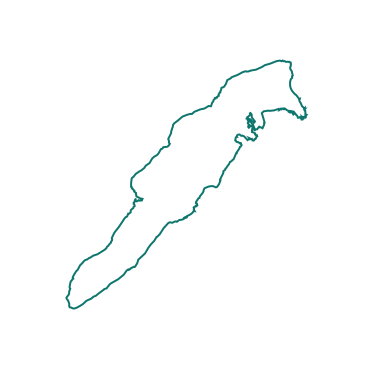 San Andrés, Colombia, rotated 31°
{"feature_id": "7082276B48431057450442", "entity_name": "San Andrés", "entity_type": "district", "adm_level": 2, "iso_a3": "COL", "parent_name": "Colombia", "parent_adm1": "", "projection": "natural_earth1", "projection_center": [-81.711, 12.538], "detail": "fine", "context": "isolated", "style": "outline", "palette": "teal", "viewbox_px": 384, "rotation_deg": 31, "n_neighbors": 0, "source": "geoboundaries", "source_scale": "gbopen_adm2", "svg_char_len": 5975}
<svg xmlns="http://www.w3.org/2000/svg" viewBox="0 0 384 384"><g transform="rotate(31 192 192)"><path d="M245.4,62.5L242.0,61.7L239.3,59.7L238.1,59.3L236.2,57.6L235.9,57.3L236.5,56.7L236.4,56.4L235.8,57.0L231.3,55.2L229.5,55.1L225.5,53.7L222.9,52.0L221.0,49.9L219.2,46.7L218.6,44.3L219.1,42.6L218.1,41.3L218.4,40.3L215.2,37.0L212.9,35.9L211.9,34.6L211.7,32.9L211.1,32.1L211.0,31.5L210.0,30.3L209.3,30.5L208.6,30.2L205.3,32.1L204.0,32.1L203.0,32.8L202.1,32.6L201.4,33.8L199.9,34.0L199.1,34.5L196.8,36.6L193.0,41.6L189.1,45.8L187.6,48.8L183.8,54.2L180.1,57.4L178.2,59.7L176.7,60.7L175.6,61.0L173.7,63.2L170.8,68.1L166.8,73.3L166.6,74.7L164.6,77.9L165.4,81.9L165.3,85.2L164.9,86.1L164.1,86.7L163.6,87.8L164.4,89.6L164.4,91.3L165.0,92.0L164.5,92.8L164.7,93.3L164.5,94.6L165.4,95.7L164.9,96.3L164.8,97.9L164.4,97.8L164.0,98.7L164.1,99.4L163.2,99.8L163.6,100.5L163.1,102.1L163.6,103.6L163.3,105.0L164.1,108.7L161.9,109.8L159.7,114.0L156.6,116.9L152.7,122.0L151.8,125.1L150.5,125.8L148.3,128.0L145.0,132.3L143.1,138.0L141.4,142.2L141.2,144.2L141.8,145.6L143.0,150.8L143.8,152.4L144.3,158.7L146.0,160.2L146.8,161.6L148.2,162.1L148.1,164.5L147.4,166.0L144.3,168.4L144.3,170.1L143.3,171.2L143.4,176.2L143.0,178.4L141.4,181.3L140.6,183.9L140.7,189.1L138.8,193.2L138.7,196.0L137.5,199.4L136.0,202.0L134.4,205.7L134.1,208.5L133.3,211.3L134.9,215.1L137.1,218.9L137.9,218.9L138.5,219.8L139.1,219.6L139.9,220.2L140.4,220.1L142.1,220.7L142.2,221.4L144.6,221.7L145.0,222.8L145.5,223.0L146.6,224.4L151.1,224.1L153.1,223.4L153.4,225.0L151.6,226.4L150.5,226.5L149.7,228.3L148.9,228.8L148.0,228.4L147.2,226.5L147.2,227.8L147.7,229.7L147.6,231.3L148.0,231.4L148.2,232.3L149.2,232.5L150.1,233.6L149.6,234.7L149.9,236.1L149.0,238.5L149.1,239.7L149.9,241.0L149.0,243.4L148.5,243.5L149.0,246.4L148.1,247.7L147.8,249.3L147.3,260.0L146.4,266.7L146.9,272.2L147.2,273.2L147.9,273.7L148.4,274.7L148.2,276.1L148.6,277.6L148.1,279.0L147.9,281.5L147.4,282.5L147.5,284.5L146.9,286.4L144.1,292.0L142.9,294.2L140.0,297.6L138.8,300.3L137.6,301.9L137.0,303.7L135.7,305.1L135.0,306.8L134.6,309.5L133.8,312.5L134.1,317.5L133.5,319.8L133.5,323.8L133.7,326.6L134.9,327.4L134.4,328.4L134.5,329.6L134.1,330.9L134.4,332.1L135.7,335.9L136.5,337.1L137.4,337.5L137.9,340.2L139.2,343.1L138.8,347.3L139.6,348.1L141.8,348.9L144.5,351.2L145.3,352.8L146.5,353.8L147.5,353.4L150.0,353.1L151.2,352.4L152.6,350.8L154.9,346.9L156.3,344.0L157.5,339.7L160.6,335.2L161.4,332.6L163.1,330.3L164.1,327.4L166.8,320.9L166.8,320.4L168.4,318.6L169.0,313.7L169.4,312.4L173.7,304.7L176.1,298.0L176.4,293.3L177.2,291.2L177.9,291.4L178.8,289.8L178.6,289.3L180.6,286.1L181.3,286.0L181.7,285.2L181.7,281.0L180.8,277.8L183.4,268.8L183.3,262.2L183.7,258.3L184.8,253.2L184.8,248.6L185.3,248.1L186.1,244.8L186.3,237.6L187.7,230.7L188.7,229.3L191.0,228.5L192.3,226.4L193.4,225.4L194.4,225.3L195.6,222.4L197.1,221.4L198.6,219.7L198.8,219.1L198.4,218.5L198.8,217.5L199.3,216.9L199.7,217.6L200.5,216.7L200.6,216.0L200.1,215.3L202.2,212.0L203.1,209.6L203.2,207.6L203.8,207.3L203.6,207.0L203.9,206.9L202.7,206.3L202.5,205.3L201.5,204.7L201.4,204.2L202.2,202.5L202.5,202.7L203.0,202.1L203.5,200.8L202.3,199.5L201.6,199.8L201.0,199.5L200.6,198.3L200.8,193.9L201.4,193.2L201.0,191.5L201.6,187.3L201.5,185.5L201.1,184.8L200.8,182.3L203.4,178.8L205.4,177.1L206.9,176.2L210.1,175.7L210.9,174.6L211.1,171.3L210.5,167.8L210.2,167.1L209.9,167.3L209.6,166.8L209.2,161.3L208.9,159.3L208.2,158.0L209.0,155.7L208.6,154.8L209.0,153.7L209.0,151.5L209.4,149.1L209.1,146.6L209.9,145.5L210.3,143.4L210.8,142.7L209.9,136.2L209.9,135.5L210.3,135.5L210.0,134.1L210.2,130.1L209.8,128.7L210.4,127.8L210.4,126.3L208.7,124.9L208.3,125.1L208.7,125.7L206.0,125.4L205.3,125.9L204.0,126.0L203.2,125.4L202.5,125.5L201.4,122.7L202.2,121.7L201.7,121.6L201.5,120.1L202.1,119.0L203.2,118.2L205.3,118.5L206.1,117.7L208.2,117.5L212.9,118.9L213.4,117.6L213.9,117.4L213.9,116.6L213.2,116.3L213.9,116.2L214.6,116.8L216.0,115.6L217.2,116.6L218.1,116.4L218.5,116.0L218.5,115.0L218.8,114.5L218.5,114.4L219.2,112.8L218.7,111.3L219.2,110.7L218.3,109.9L217.7,110.4L216.4,110.2L216.0,109.2L214.0,109.3L212.7,109.7L212.5,109.2L211.9,108.9L211.0,106.5L211.6,106.9L212.2,106.0L209.9,103.9L209.4,104.0L209.2,104.8L208.3,105.0L207.6,107.6L206.7,107.3L206.3,106.8L206.6,105.7L206.5,104.9L205.1,104.7L204.2,104.0L204.5,103.0L204.2,102.2L203.1,102.0L202.9,100.9L201.0,101.0L200.9,99.4L201.2,99.2L201.6,99.7L201.5,100.1L201.9,99.9L201.2,99.0L202.3,95.2L202.1,95.0L201.7,95.3L201.1,94.8L201.4,94.2L202.6,94.6L203.5,95.2L204.5,96.9L205.2,97.4L209.6,99.1L209.7,99.4L209.4,100.7L208.5,100.1L206.7,100.6L205.7,99.9L204.5,99.7L203.4,100.0L203.3,100.5L203.6,101.0L207.9,102.3L209.5,103.4L209.8,103.0L212.7,105.2L213.6,106.8L214.1,106.6L214.1,105.6L215.5,104.8L215.9,101.5L216.8,101.7L217.5,101.1L219.6,101.0L219.1,97.0L218.2,95.6L218.5,95.1L211.2,88.4L211.9,85.9L215.7,82.8L216.4,82.7L220.3,79.8L223.5,76.1L224.4,76.7L224.8,76.3L224.8,76.8L225.2,76.4L225.4,76.6L224.7,75.9L225.2,74.9L226.1,75.0L226.3,74.0L227.9,73.0L228.1,73.7L228.4,73.5L228.1,73.0L228.8,72.7L232.2,73.0L234.4,72.0L234.7,72.1L234.0,72.3L234.0,73.1L234.8,72.7L234.9,73.2L233.9,73.5L234.9,73.4L236.0,73.0L235.0,73.1L234.9,72.8L235.2,72.7L234.8,72.5L234.9,71.8L237.3,70.9L237.8,71.6L238.1,71.3L238.9,71.8L238.7,73.0L238.4,73.1L238.8,73.3L239.0,71.8L239.4,72.3L240.1,71.5L241.5,72.4L241.4,72.9L241.4,73.0L241.7,72.3L242.8,72.4L244.0,73.4L243.7,73.7L244.0,73.5L244.7,73.8L246.0,72.1L246.4,71.9L247.1,72.8L247.9,72.4L247.6,71.8L248.0,71.5L247.6,71.1L248.3,71.3L248.5,71.1L249.0,71.4L248.2,72.3L248.8,73.0L248.3,73.1L248.6,73.4L249.1,72.9L248.6,72.4L249.1,71.6L249.5,72.1L249.7,71.8L248.5,70.9L248.4,70.4L249.0,70.1L249.6,70.6L249.7,70.0L250.0,70.3L250.2,69.9L250.7,69.8L250.2,68.9L250.7,68.7L250.2,68.1L250.4,67.7L249.7,67.4L250.0,66.8L249.5,66.9L249.6,67.3L248.8,66.5L247.6,64.3L247.7,64.0L247.5,64.3L247.1,63.9L246.7,64.2L245.8,63.4L245.9,62.9L245.5,63.3L245.2,63.0L245.7,62.2L245.5,61.9L245.4,62.5Z" fill="none" stroke="#0f766e" stroke-width="2"/></g></svg>